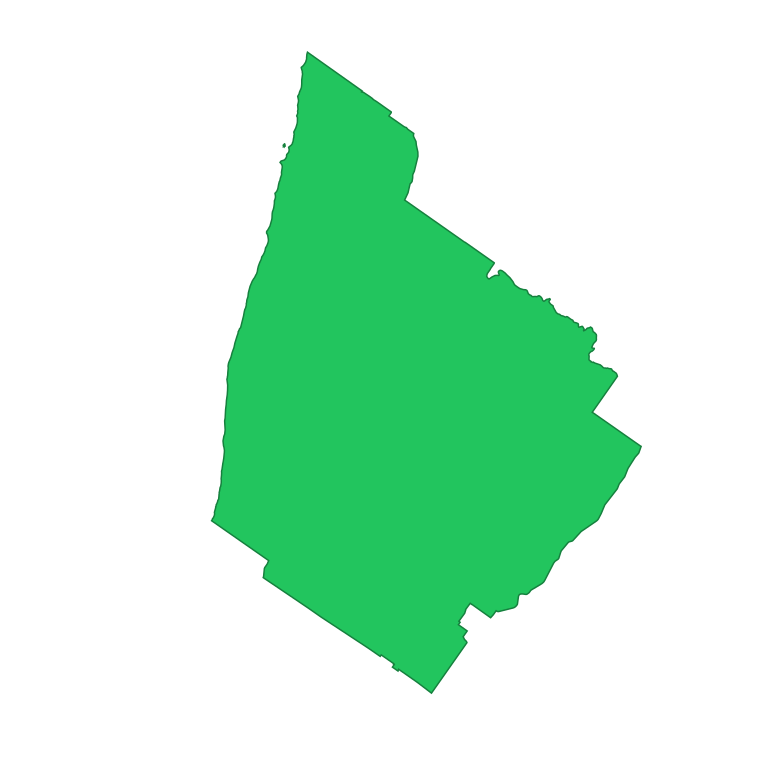 Gingin, Western Australia, Australia (Natural Earth projection), rotated 35°
{"feature_id": "25037944B53188273537939", "entity_name": "Gingin", "entity_type": "district", "adm_level": 2, "iso_a3": "AUS", "parent_name": "Australia", "parent_adm1": "Western Australia", "projection": "natural_earth1", "projection_center": [115.595, -31.184], "detail": "fine", "context": "isolated", "style": "filled", "palette": "green", "viewbox_px": 768, "rotation_deg": 35, "n_neighbors": 0, "source": "geoboundaries", "source_scale": "gbopen_adm2", "svg_char_len": 6135}
<svg xmlns="http://www.w3.org/2000/svg" viewBox="0 0 768 768"><g transform="rotate(35 384 384)"><path d="M632.3,313.2L631.7,299.9L632.3,294.8L632.2,294.0L630.4,287.6L629.6,287.7L570.8,287.7L570.8,243.8L569.1,242.5L568.2,242.1L567.3,241.9L566.6,242.0L565.0,241.9L564.0,242.2L563.7,241.9L562.9,241.8L561.8,241.2L561.1,241.4L559.5,242.3L557.8,242.8L557.1,243.7L556.6,243.7L555.0,244.7L554.0,244.8L552.0,244.4L550.1,244.3L544.4,246.0L543.0,246.0L542.6,246.6L541.9,246.8L541.3,246.8L540.9,247.1L540.3,246.7L539.7,246.8L538.1,246.6L537.9,246.4L535.9,243.3L535.2,243.0L534.6,241.7L534.6,240.1L535.0,238.7L535.6,237.9L536.1,236.0L536.1,234.9L536.0,234.4L535.8,234.2L534.9,234.7L533.5,235.1L533.2,234.8L532.5,231.6L532.5,230.0L532.9,227.5L532.9,226.8L532.5,225.7L531.6,224.6L530.3,222.5L529.5,221.7L527.0,221.1L525.4,221.2L524.1,220.2L523.0,219.2L522.4,218.9L521.7,218.8L520.5,218.9L520.0,220.1L518.5,221.7L518.1,224.1L517.1,225.8L516.6,225.5L516.6,224.7L516.4,224.2L514.2,223.2L513.6,223.0L513.1,223.2L511.3,225.5L510.8,225.7L510.5,225.5L509.8,224.8L509.4,224.0L508.3,223.2L506.5,223.6L504.6,224.3L503.8,224.4L503.3,224.3L502.4,223.6L501.9,223.5L500.0,223.8L495.9,223.7L495.0,224.0L494.4,224.9L494.1,225.2L492.1,225.5L489.6,226.4L488.0,226.2L486.3,226.8L484.2,226.7L479.0,224.2L477.6,223.0L474.6,223.0L472.5,222.3L471.9,221.9L471.7,221.6L471.7,219.5L471.5,219.2L470.9,219.1L470.5,219.2L470.1,220.1L468.9,221.1L468.5,221.8L468.0,223.6L467.6,224.4L467.3,224.6L466.1,224.5L464.9,223.6L463.2,222.8L460.9,222.6L459.9,223.2L459.2,224.7L457.6,225.6L455.9,227.0L455.1,227.4L453.4,227.1L452.4,227.4L450.5,227.3L448.1,225.7L447.4,225.4L446.7,225.4L445.9,225.6L444.1,226.7L440.5,227.9L438.0,228.0L434.5,227.9L433.3,227.5L430.9,226.2L426.2,224.7L422.4,224.2L419.5,223.6L416.1,223.5L414.7,223.8L413.9,224.2L413.4,225.1L413.2,226.0L413.3,226.4L413.9,227.2L415.6,228.3L415.9,228.8L415.7,229.4L414.8,229.8L412.7,231.4L411.0,234.5L410.0,237.4L409.6,237.7L408.8,237.9L406.5,237.0L405.6,235.4L405.5,234.7L405.3,234.0L405.3,229.8L405.1,228.2L405.1,222.9L405.1,222.2L404.8,221.5L369.2,221.4L368.9,221.6L295.4,221.5L294.0,213.6L290.6,205.2L290.9,203.0L290.8,201.9L289.3,198.8L287.6,196.2L287.3,195.1L286.8,192.3L281.2,178.0L278.7,174.6L273.5,169.8L271.1,167.0L266.9,164.7L265.9,164.0L265.2,162.9L264.7,161.7L257.4,161.7L255.2,161.1L253.8,161.6L252.6,161.7L234.3,161.7L234.3,157.6L233.9,157.0L216.0,156.9L212.2,157.1L211.6,157.1L211.2,156.8L207.3,156.7L199.6,156.9L198.9,157.4L198.1,157.6L198.1,156.5L131.0,156.1L131.7,158.1L133.3,160.9L134.2,162.2L135.2,165.3L135.3,167.6L135.3,169.0L135.1,170.3L134.6,172.1L135.6,173.1L137.6,174.6L138.5,175.8L139.5,176.8L142.2,182.1L144.5,185.4L145.8,187.6L146.5,189.1L147.3,193.1L148.1,195.3L148.3,197.8L148.5,198.1L148.9,198.4L151.3,200.7L152.2,202.2L153.4,205.3L154.5,206.4L155.1,207.3L155.9,208.1L156.7,210.1L157.9,211.4L158.3,212.5L158.7,214.5L160.3,215.4L162.8,219.1L163.6,220.8L164.9,224.9L165.6,229.3L167.4,231.2L167.6,232.0L168.7,233.7L168.8,234.3L170.4,237.5L170.7,239.0L171.0,239.5L171.1,240.4L171.0,241.7L170.2,244.3L170.1,244.8L172.0,246.5L172.7,248.0L173.0,248.9L172.7,251.7L173.0,252.6L173.6,253.3L173.9,254.1L174.1,255.5L174.0,257.1L173.7,257.9L171.8,260.4L171.7,261.6L171.8,262.2L173.2,262.4L174.7,263.1L175.6,263.8L176.5,265.1L178.6,269.4L180.0,271.2L180.4,272.4L181.0,274.7L182.1,277.2L182.2,278.4L183.3,281.2L184.9,284.6L185.5,286.8L185.6,288.5L185.3,290.3L187.2,292.2L188.2,293.7L188.9,295.6L189.1,296.7L190.7,299.1L192.5,302.6L193.4,305.1L193.8,306.8L194.7,308.6L197.2,312.5L197.8,313.8L200.0,320.0L200.5,325.0L200.3,326.2L201.2,327.7L202.6,328.3L203.7,329.1L206.2,331.7L207.3,333.2L208.0,335.0L208.7,337.8L208.9,340.4L210.2,343.4L210.4,344.4L210.7,345.3L211.0,347.8L211.0,350.1L211.9,352.2L212.5,355.7L213.5,359.5L214.7,362.5L215.8,364.7L216.5,367.2L216.5,368.7L216.9,369.8L216.8,370.7L217.0,371.7L216.9,372.8L217.1,375.4L218.3,380.9L220.6,387.1L222.5,390.6L223.5,393.9L224.7,396.0L225.0,397.0L226.0,398.4L227.0,401.1L227.3,402.9L228.0,404.7L229.9,408.8L234.0,419.5L234.2,420.2L234.0,421.7L234.4,423.1L234.6,424.9L235.3,426.0L236.2,429.2L238.4,436.0L240.2,440.2L241.6,445.4L243.3,449.9L244.5,455.4L245.0,456.8L246.0,458.8L247.2,460.2L249.5,464.2L251.0,466.6L251.6,468.0L252.3,469.2L252.5,470.1L256.6,474.6L259.6,479.1L260.0,479.8L261.7,482.6L264.4,487.9L266.5,491.3L268.9,495.8L273.4,503.0L274.6,505.6L280.2,512.7L282.2,516.3L282.8,518.7L284.8,523.0L288.0,526.7L289.3,527.7L291.3,529.8L292.4,531.5L295.1,536.3L297.1,540.4L297.4,541.2L300.4,547.1L300.7,548.1L301.3,549.2L301.8,549.7L303.2,551.9L305.1,555.3L305.6,555.7L307.4,558.4L308.8,561.2L309.2,563.0L310.7,566.0L311.2,567.4L311.6,567.8L312.5,569.6L313.0,570.3L314.6,573.2L314.6,574.1L314.8,575.1L315.3,576.2L315.4,576.8L315.8,578.2L315.7,578.8L316.5,580.5L316.6,581.3L317.0,581.7L318.7,586.4L319.8,587.6L320.5,589.3L320.9,591.4L320.8,592.7L321.2,594.1L321.2,594.9L390.8,594.8L391.6,598.4L391.6,602.7L391.8,603.7L395.7,610.6L396.1,611.9L450.6,611.0L465.9,611.0L522.3,609.4L537.1,609.3L537.1,607.5L552.4,607.5L552.4,608.0L553.3,608.0L553.3,611.1L560.1,611.1L559.6,609.3L582.9,609.3L600.2,610.0L600.3,548.3L599.6,547.8L598.5,547.4L597.7,547.4L597.3,547.2L596.3,547.0L593.8,545.6L593.8,538.6L583.0,538.5L583.0,535.5L581.4,535.4L581.6,525.5L580.5,522.1L580.2,521.9L580.4,514.2L582.1,514.3L582.2,514.1L605.4,514.3L605.9,510.3L605.9,505.4L607.2,505.4L608.4,504.7L618.3,493.3L619.0,492.2L619.4,491.1L619.7,489.4L619.6,487.9L615.9,480.7L615.7,479.7L615.7,479.0L616.1,478.0L616.8,477.3L618.3,476.3L620.7,475.1L621.3,474.7L621.8,474.0L622.6,471.6L622.6,469.1L622.8,468.2L627.8,457.0L628.2,455.5L628.4,454.4L628.3,452.5L625.7,433.3L625.8,431.1L627.1,427.7L627.2,426.7L625.1,420.0L624.9,418.8L625.8,408.1L626.2,407.1L628.1,404.9L628.5,404.0L630.1,391.7L636.7,374.1L637.0,372.5L637.0,371.6L636.2,365.4L634.2,356.3L635.2,336.2L635.0,335.1L634.1,331.5L634.0,330.6L634.4,322.0L632.3,313.2ZM164.9,246.4L164.9,246.7L165.4,246.8L165.5,247.1L165.7,246.8L166.3,247.1L166.3,246.5L166.4,246.3L166.6,246.0L166.1,245.3L165.2,244.5L165.1,244.2L165.2,243.8L164.8,244.3L164.6,245.1L164.7,245.4L164.5,246.1L164.9,246.4Z" fill="#22c55e" stroke="#15803d" stroke-width="1.5"/></g></svg>